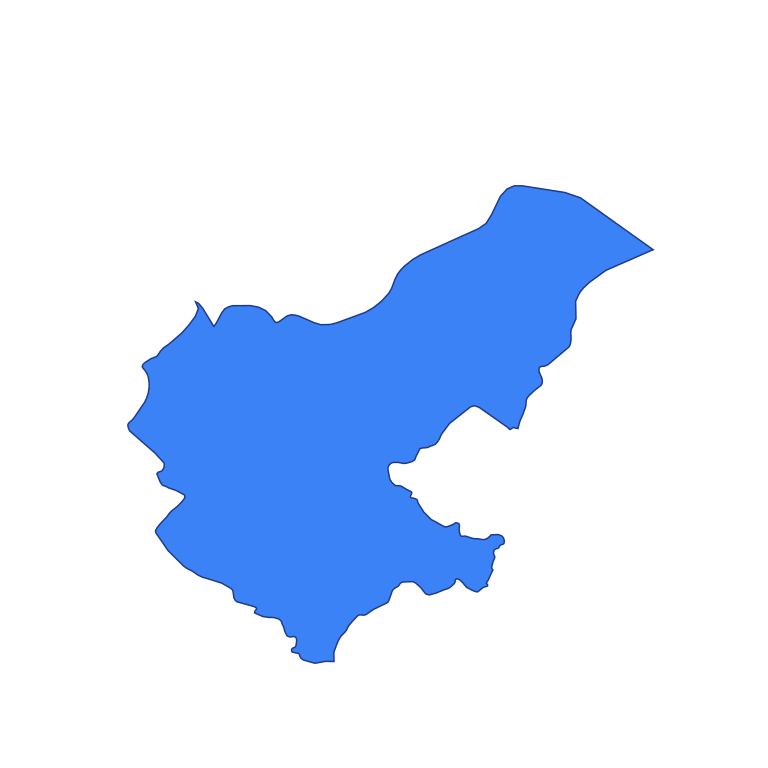 an SVG outline of Faryab, rotated 37°
{"feature_id": "AFG-1745", "entity_name": "Faryab", "entity_type": "Province", "adm_level": 1, "iso_a3": "AFG", "parent_name": "Afghanistan", "parent_adm1": "", "projection": "natural_earth1", "projection_center": [65.119, 36.214], "detail": "fine", "context": "isolated", "style": "filled", "palette": "blue", "viewbox_px": 768, "rotation_deg": 37, "n_neighbors": 0, "source": "natural_earth", "source_scale": "10m", "svg_char_len": 5486}
<svg xmlns="http://www.w3.org/2000/svg" viewBox="0 0 768 768"><g transform="rotate(37 384 384)"><path d="M358.2,217.2L366.0,203.1L368.9,194.2L368.0,184.0L364.0,164.1L365.0,153.9L368.9,147.2L375.0,142.6L413.2,122.2L428.8,117.1L518.2,114.8L517.0,116.7L492.8,159.7L486.9,179.1L485.5,187.2L485.3,191.0L485.5,194.7L487.2,202.5L498.1,216.4L500.6,227.5L501.2,228.8L502.6,231.1L504.1,232.7L507.1,236.6L508.4,239.1L509.2,241.3L509.4,242.8L509.3,243.9L507.8,250.2L506.0,258.2L503.4,269.7L502.7,271.1L501.5,273.1L500.3,274.1L498.7,275.8L498.2,276.7L498.3,277.7L498.9,279.0L499.8,280.1L501.1,281.2L506.4,284.2L507.7,285.3L508.8,286.5L509.9,288.4L510.2,289.7L510.2,290.6L508.0,298.8L506.7,307.0L506.8,309.4L507.4,311.4L510.7,316.6L513.3,324.9L514.6,330.8L515.5,333.5L517.8,339.0L513.5,340.9L512.6,342.9L512.4,344.1L512.0,344.5L511.3,344.6L508.9,344.2L474.1,345.4L470.0,346.6L468.9,347.5L467.3,349.4L466.6,351.2L460.1,375.9L460.1,388.2L460.3,390.3L460.6,391.9L461.1,393.4L461.4,395.0L461.5,396.9L461.4,400.0L461.1,401.6L460.4,402.9L458.6,405.5L457.2,408.2L456.4,409.1L454.7,410.7L453.8,411.3L451.6,413.9L453.2,422.7L454.2,426.1L453.8,427.3L453.1,429.1L450.3,432.9L449.0,434.3L447.9,435.3L447.0,435.9L442.8,437.9L439.4,440.4L438.1,441.7L437.3,442.9L437.1,444.2L436.9,445.5L437.0,446.8L437.3,447.8L437.7,448.7L438.8,450.1L439.9,451.1L446.1,456.6L449.7,457.9L452.2,458.2L453.7,458.2L454.8,458.0L457.0,456.3L458.9,455.3L467.4,454.3L469.7,453.7L470.7,453.7L471.5,454.0L471.9,454.6L472.1,455.3L472.4,457.1L473.0,458.2L473.7,458.6L474.4,458.4L476.5,457.3L478.6,456.6L479.7,456.6L480.5,456.7L482.2,458.1L483.4,458.8L493.1,462.4L503.2,463.8L517.7,461.7L518.8,461.3L519.7,460.6L521.1,458.9L522.2,456.9L523.3,455.5L523.7,454.8L523.9,454.1L524.0,453.3L524.4,452.4L525.0,451.5L526.5,450.7L527.7,450.5L528.4,450.7L529.1,451.2L529.7,451.9L530.7,453.7L531.7,455.1L533.2,456.7L535.3,458.4L536.5,459.0L537.4,459.0L538.0,458.6L540.1,456.8L540.9,456.3L546.8,454.3L548.8,453.4L552.4,450.9L555.9,449.2L556.7,448.7L557.4,448.1L558.1,447.3L558.7,446.4L559.3,445.4L559.7,444.2L560.2,441.7L560.3,440.0L565.7,435.6L569.1,434.5L570.5,434.6L571.9,435.0L573.1,435.7L574.3,436.7L575.2,437.8L575.6,438.9L575.7,439.8L575.5,440.3L574.1,442.4L573.8,443.0L573.8,443.4L574.2,445.6L574.1,446.1L573.8,446.7L573.3,447.4L572.7,448.1L572.2,449.2L571.9,450.3L572.8,452.6L573.9,453.8L575.8,454.9L576.5,455.4L577.0,456.1L577.9,459.9L580.0,465.0L580.5,465.7L581.1,466.4L582.5,466.7L582.9,467.0L583.1,467.8L583.2,469.0L585.4,478.5L585.4,480.7L585.6,481.3L585.7,481.6L586.3,481.6L586.9,481.8L588.0,482.3L588.2,482.9L588.0,483.6L586.3,485.7L585.6,487.2L585.0,488.9L584.5,491.7L584.0,493.1L583.6,494.0L583.2,494.2L579.5,495.5L572.4,496.7L566.8,495.4L563.0,494.9L562.0,495.0L560.8,495.2L559.3,495.8L558.9,496.7L559.0,497.7L560.0,499.6L560.2,500.9L560.0,502.5L559.2,506.5L558.4,508.4L557.1,510.5L556.1,511.8L551.4,519.6L547.3,525.0L544.7,526.3L543.7,526.4L542.5,526.3L535.9,524.5L529.3,523.9L527.3,524.1L525.7,524.7L519.0,530.1L517.8,531.5L517.0,532.9L517.0,534.5L517.1,536.3L517.0,536.8L516.8,537.6L515.7,540.0L515.1,542.1L515.0,542.9L515.0,543.6L515.2,544.5L518.0,553.4L518.3,555.1L518.4,555.8L518.3,556.3L517.9,557.3L511.3,570.3L508.6,578.4L507.7,580.0L506.5,581.1L503.6,582.9L502.9,583.8L502.5,584.8L501.7,591.3L501.3,598.7L502.2,603.6L502.1,606.1L501.4,611.0L501.6,614.0L502.3,618.0L504.7,626.2L505.4,628.2L506.4,629.8L511.1,635.7L504.1,640.8L497.5,648.0L496.4,648.8L485.9,652.9L482.9,653.0L481.2,652.3L480.2,651.7L479.4,651.0L478.5,650.7L477.4,650.8L473.8,652.6L473.2,652.7L472.7,653.0L472.3,653.2L471.8,653.2L471.1,652.9L470.0,651.7L469.8,650.7L470.1,649.8L471.0,648.3L471.3,647.7L471.3,646.8L471.1,645.8L469.0,642.0L468.2,640.9L467.1,639.9L465.9,639.5L464.7,639.5L463.3,640.5L461.7,642.2L461.0,642.7L458.4,643.5L457.8,643.3L453.9,641.4L453.1,640.9L451.0,639.1L449.8,638.3L447.2,637.0L445.1,635.5L443.5,635.0L441.4,635.0L437.7,636.3L434.8,637.9L433.2,639.3L427.3,642.6L419.6,644.4L419.0,644.6L418.4,644.7L418.1,644.3L417.6,643.2L417.6,642.1L417.7,641.1L417.6,640.3L417.2,639.8L416.0,639.7L414.1,640.0L398.2,646.2L396.7,646.5L395.2,646.2L392.8,645.1L388.0,640.3L386.6,639.6L384.4,639.4L374.2,640.7L358.1,646.4L355.8,647.4L350.8,648.5L343.7,648.8L337.4,649.9L333.5,650.0L311.8,647.0L291.5,640.2L290.3,639.4L289.7,638.2L289.3,634.8L289.4,630.4L290.5,620.8L290.4,616.7L290.6,614.1L292.6,606.1L293.4,600.3L293.5,596.9L293.2,594.4L291.5,592.7L282.2,594.1L274.5,596.6L272.2,596.9L268.2,598.1L266.6,597.8L264.3,597.0L256.6,592.4L256.7,590.4L258.1,588.4L258.4,587.9L258.9,586.7L258.9,585.4L258.7,584.0L258.1,582.3L257.1,580.8L255.8,579.4L242.8,577.0L209.1,574.5L206.9,573.3L205.8,572.5L204.8,571.7L204.0,570.7L203.7,569.7L203.7,568.2L204.3,565.6L204.6,563.4L204.7,560.9L203.8,542.5L202.9,538.1L201.1,532.9L198.3,527.8L195.8,524.5L192.2,520.9L190.1,519.3L188.1,518.2L185.3,517.1L182.9,516.6L181.5,516.2L180.2,515.4L179.8,513.3L180.3,510.4L182.6,504.1L185.7,499.0L186.0,497.7L185.7,492.3L186.2,487.6L188.1,482.0L191.8,465.1L192.7,454.8L192.6,443.3L190.3,435.4L184.1,431.8L187.4,431.2L193.3,432.5L213.4,440.4L213.5,437.1L211.6,424.7L211.6,420.0L213.4,415.9L216.1,412.5L230.1,401.8L237.6,398.1L245.4,396.6L254.1,398.0L257.6,399.5L260.3,400.1L262.4,398.3L265.7,387.8L268.2,384.6L271.5,382.5L275.3,380.9L290.9,377.2L298.0,374.6L305.1,368.9L309.4,363.7L326.0,338.0L329.8,328.9L332.2,319.3L333.2,308.8L332.6,303.4L329.7,293.4L328.7,288.0L328.7,282.8L329.4,277.4L332.1,267.0L335.6,258.6L358.2,217.2Z" fill="#3b82f6" stroke="#1e3a8a" stroke-width="1.5"/></g></svg>